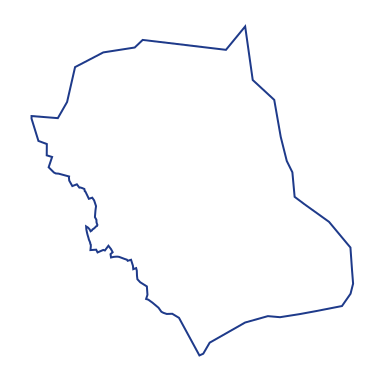 the district of Ilesha East, Osun, Nigeria, rotated 268°
{"feature_id": "59680162B9948554175301", "entity_name": "Ilesha East", "entity_type": "district", "adm_level": 2, "iso_a3": "NGA", "parent_name": "Nigeria", "parent_adm1": "Osun", "projection": "mercator", "projection_center": [4.754, 7.588], "detail": "fine", "context": "isolated", "style": "outline", "palette": "blue", "viewbox_px": 384, "rotation_deg": 268, "n_neighbors": 0, "source": "geoboundaries", "source_scale": "gbopen_adm2", "svg_char_len": 1546}
<svg xmlns="http://www.w3.org/2000/svg" viewBox="0 0 384 384"><g transform="rotate(268 192 192)"><path d="M248.4,40.3L245.0,48.6L233.7,48.1L231.9,53.4L221.7,49.6L216.3,54.7L215.3,56.5L215.0,59.3L211.8,69.7L210.8,69.5L207.7,69.7L202.1,72.6L203.7,77.2L202.0,78.4L200.3,79.6L200.4,80.6L199.8,82.3L198.8,84.5L196.5,84.9L196.3,85.4L192.5,87.1L188.8,88.7L189.8,92.1L187.0,93.9L181.2,95.6L177.1,94.9L170.3,94.1L167.5,95.5L165.1,95.5L163.5,95.9L162.4,96.3L161.4,95.9L161.0,94.9L160.2,94.2L159.6,93.5L158.7,92.4L158.1,91.3L157.1,90.6L156.3,89.3L158.2,88.4L160.0,86.9L161.3,85.0L158.3,85.1L155.3,85.6L152.9,86.1L149.5,87.0L148.0,87.3L146.0,88.1L144.7,88.5L143.8,88.5L143.0,89.0L141.4,89.0L137.5,88.5L137.7,94.2L134.9,95.5L137.2,101.3L136.6,102.9L141.2,106.6L137.7,109.1L134.6,110.6L132.7,108.4L129.4,108.8L129.9,111.5L130.0,113.5L130.0,115.3L129.7,116.9L127.5,122.2L126.6,124.6L125.5,125.3L126.4,128.7L120.3,130.4L116.9,130.6L117.9,133.5L115.3,134.1L110.2,134.1L106.7,134.4L103.6,137.1L99.2,143.6L90.8,143.9L86.7,142.4L85.9,144.6L82.8,148.6L77.5,154.5L73.4,157.2L72.2,159.3L71.0,162.5L71.0,168.0L66.7,174.6L28.4,193.7L30.0,197.6L40.8,204.4L59.7,240.5L65.3,263.5L63.8,275.7L63.9,276.3L66.2,295.3L68.6,311.5L72.8,337.9L84.8,346.9L94.8,349.8L108.5,349.2L131.0,348.4L134.8,345.4L157.4,327.9L175.9,303.9L183.6,294.4L208.2,293.0L219.7,287.8L244.0,282.6L281.2,277.4L301.8,256.6L355.6,250.9L332.9,230.9L345.7,148.0L338.4,139.8L334.6,108.2L320.9,79.5L286.3,70.3L270.5,60.5L273.5,34.3L270.9,34.2L248.4,40.3Z" fill="none" stroke="#1e3a8a" stroke-width="2"/></g></svg>